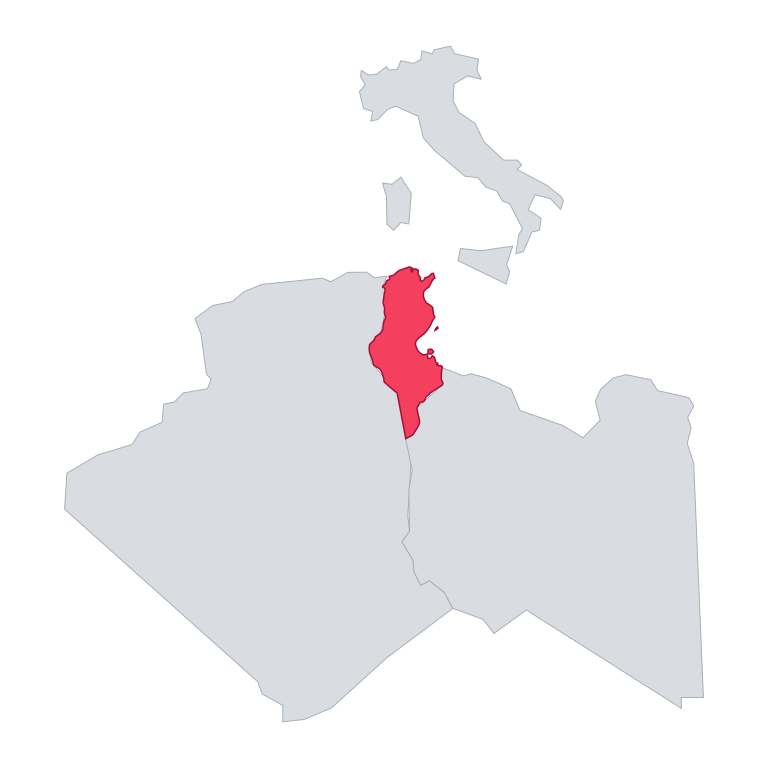 Tunisia shown with its bordering countries
{"feature_id": "TUN", "entity_name": "Tunisia", "entity_type": "country or territory", "adm_level": 0, "iso_a3": "TUN", "parent_name": "Africa", "parent_adm1": "", "projection": "equal_earth", "projection_center": [9.904, 33.785], "detail": "fine", "context": "with_neighbors", "style": "filled", "palette": "rose", "viewbox_px": 768, "rotation_deg": 0, "n_neighbors": 3, "source": "natural_earth", "source_scale": "50m", "svg_char_len": 4543}
<svg xmlns="http://www.w3.org/2000/svg" viewBox="0 0 768 768"><path d="M64.6,509.2L66.9,473.1L98.0,454.8L132.3,444.4L140.0,432.0L162.1,422.3L163.7,404.1L174.5,402.0L183.2,392.9L207.4,388.8L211.1,379.3L206.5,374.2L201.0,334.0L194.9,318.6L212.8,305.5L232.5,301.4L244.2,291.6L261.8,284.4L321.9,278.2L330.9,281.7L347.9,272.4L367.0,272.2L374.2,277.7L386.5,276.3L382.7,288.4L385.4,311.1L381.0,330.9L369.8,344.3L371.2,362.5L397.4,392.7L411.2,458.6L407.8,515.6L409.5,531.4L402.0,541.9L413.1,560.3L413.8,571.2L420.6,585.3L429.4,580.7L444.4,592.5L452.9,608.4L387.5,657.2L331.6,707.8L304.3,719.4L282.8,721.9L282.8,705.5L262.1,693.9L257.8,681.8L64.6,509.2Z" fill="#d9dde1" stroke="#a8b0b8" stroke-width="1"/><path d="M422.0,50.9L432.2,53.9L434.1,49.8L450.6,46.1L454.4,53.6L478.5,59.2L476.9,69.9L481.2,79.2L467.7,76.0L454.0,83.8L453.1,101.0L458.9,112.3L475.1,123.5L484.1,142.0L503.8,160.2L517.4,160.1L521.8,165.1L517.1,169.6L546.0,184.8L561.4,196.8L563.4,201.1L560.5,209.3L550.3,198.6L535.0,194.8L528.1,209.7L541.1,218.3L539.4,230.4L532.0,231.8L523.2,251.8L515.8,253.6L519.0,233.9L522.7,229.0L509.7,203.8L502.4,201.0L496.9,191.1L485.6,186.9L477.9,177.7L465.0,176.2L435.3,151.2L423.5,138.2L418.0,116.1L395.7,106.2L387.8,109.2L377.8,119.5L370.7,121.1L372.8,111.4L363.5,108.6L359.4,91.5L365.4,84.8L360.6,76.6L361.4,70.4L368.6,75.1L376.7,74.1L386.3,66.7L389.1,70.1L397.2,69.4L400.9,60.7L413.3,63.4L420.7,59.7L422.0,50.9ZM481.2,250.7L512.7,246.1L506.7,264.6L509.6,271.9L506.1,284.0L458.0,260.6L460.4,248.5L481.2,250.7ZM392.1,184.3L400.9,177.2L411.3,193.5L408.8,224.0L400.8,222.5L393.6,230.3L386.9,224.1L386.4,196.3L382.5,183.1L392.1,184.3Z" fill="#d9dde1" stroke="#a8b0b8" stroke-width="1"/><path d="M693.7,463.2L703.4,697.5L681.3,697.5L681.4,708.4L526.3,610.0L493.9,633.5L483.1,619.4L452.9,608.4L444.4,592.5L429.4,580.7L420.6,585.3L413.8,571.2L413.1,560.3L402.0,541.9L409.5,531.4L408.9,490.5L412.2,470.2L405.2,436.8L414.2,431.1L413.8,410.5L441.0,386.2L441.9,367.5L463.4,375.9L471.1,373.8L486.4,377.9L510.9,388.8L520.0,410.5L562.9,425.5L583.0,437.8L600.2,420.1L595.3,401.3L600.6,389.4L613.3,378.0L625.8,374.7L650.8,379.7L657.5,390.6L688.8,397.7L693.8,405.8L687.7,417.5L691.1,428.1L687.2,443.3L693.7,463.2Z" fill="#d9dde1" stroke="#a8b0b8" stroke-width="1"/><path d="M442.2,366.5L442.2,367.1L441.5,371.7L441.4,373.4L441.3,376.2L441.3,379.6L442.8,382.4L442.9,383.7L442.3,385.1L439.6,386.8L436.2,389.0L433.2,391.0L429.9,393.3L428.9,394.7L427.3,395.8L425.9,397.0L425.7,398.0L424.7,400.1L423.5,401.7L420.4,402.4L419.8,402.9L418.4,405.4L417.7,406.3L416.9,408.4L417.9,413.6L419.2,418.9L419.5,421.2L419.5,423.1L418.8,425.1L417.1,428.0L415.9,430.1L413.5,433.9L412.8,434.8L411.2,435.9L408.1,437.4L405.8,438.7L404.7,432.9L403.8,427.9L403.0,423.8L401.6,416.7L400.5,410.6L399.3,404.5L398.3,399.0L397.2,393.5L396.7,392.7L393.5,390.0L390.6,387.7L387.5,384.9L384.2,382.0L383.7,378.3L382.0,372.7L380.3,369.5L379.6,368.7L376.0,366.7L373.9,365.2L373.3,364.4L373.0,362.1L371.5,357.6L369.8,353.5L369.3,350.7L369.2,347.2L369.6,344.7L370.3,343.7L373.9,340.5L375.5,336.8L377.5,335.4L379.3,334.3L380.7,333.1L382.0,331.1L383.0,329.0L383.1,326.7L383.6,323.1L384.2,320.6L385.7,317.7L385.1,315.4L384.3,313.0L384.6,308.7L384.4,307.0L383.8,305.4L383.2,303.5L383.1,301.8L383.8,297.5L384.3,294.2L385.1,290.0L384.8,288.8L384.3,287.9L382.6,287.0L382.6,286.4L383.0,285.8L385.5,283.7L386.8,280.7L388.0,280.1L389.7,279.0L389.6,277.8L389.2,276.5L393.7,275.1L397.9,271.3L399.4,270.4L409.1,267.0L410.4,267.2L411.8,267.7L411.4,269.0L410.8,270.0L411.7,271.8L412.8,270.7L412.5,270.0L412.5,269.0L414.5,268.9L416.3,269.1L418.2,270.2L418.1,274.2L420.7,278.2L420.0,280.2L422.1,281.4L424.0,280.0L424.9,277.9L428.4,276.7L431.7,273.6L433.5,273.3L434.0,275.8L434.9,278.0L433.6,278.8L432.0,281.1L429.0,287.0L426.2,288.8L424.1,291.1L423.5,292.7L423.3,294.6L423.8,298.0L425.3,301.4L427.1,303.5L428.8,304.2L432.8,307.5L432.8,309.4L433.3,311.8L433.5,314.6L434.9,316.9L432.0,321.8L430.4,325.4L427.2,330.3L424.4,333.5L418.4,338.3L416.9,339.9L415.9,341.6L415.5,343.3L415.6,345.3L417.6,350.3L420.3,353.2L423.0,354.8L427.7,354.2L427.6,356.1L427.9,358.4L429.8,358.3L431.1,357.9L432.2,355.7L434.5,357.2L435.7,361.9L437.7,363.4L437.9,363.9L437.2,364.3L436.7,364.8L437.3,365.2L439.2,365.8L440.3,365.4L442.2,366.5ZM432.2,353.4L431.7,353.5L430.8,354.1L430.3,354.2L429.0,353.5L428.5,353.5L427.9,353.0L428.1,350.2L428.3,349.4L431.5,349.2L433.2,350.9L433.5,351.4L433.6,351.9L432.8,352.8L432.2,353.4ZM437.9,328.5L435.1,330.3L435.6,328.7L437.4,326.9L437.9,327.4L437.9,328.5Z" fill="#f43f5e" stroke="#9f1239" stroke-width="1.5"/></svg>